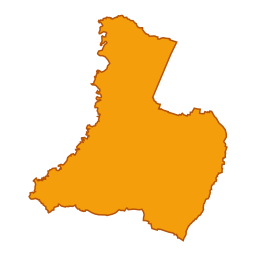 Mueang Surin, Surin, Thailand
{"feature_id": "78962969B42978200343828", "entity_name": "Mueang Surin", "entity_type": "district", "adm_level": 2, "iso_a3": "THA", "parent_name": "Thailand", "parent_adm1": "Surin", "projection": "orthographic", "projection_center": [103.474, 14.914], "detail": "fine", "context": "isolated", "style": "filled", "palette": "amber", "viewbox_px": 256, "rotation_deg": 0, "n_neighbors": 0, "source": "geoboundaries", "source_scale": "gbopen_adm2", "svg_char_len": 5750}
<svg xmlns="http://www.w3.org/2000/svg" viewBox="0 0 256 256"><path d="M98.9,20.4L98.4,21.3L99.2,22.7L99.6,22.7L100.1,22.0L100.7,22.2L102.8,25.4L102.1,26.4L100.6,26.8L100.0,27.6L100.1,30.0L99.0,32.6L99.2,33.6L99.9,33.8L103.6,31.7L106.1,32.3L106.7,33.1L105.9,34.6L105.7,36.6L103.9,37.0L102.4,35.9L101.8,36.4L102.1,41.2L100.6,43.7L100.4,44.9L101.0,45.5L101.7,45.3L101.9,43.6L103.8,43.1L105.2,41.4L105.9,41.4L106.9,42.5L106.6,43.2L104.3,45.1L102.2,50.2L98.8,51.0L97.6,53.3L98.1,54.4L99.8,55.6L102.7,55.7L105.3,56.9L107.9,59.9L109.8,63.4L107.6,65.9L106.9,68.8L103.8,71.3L101.4,72.2L100.1,71.1L98.0,70.2L97.4,70.4L96.7,71.3L96.8,72.0L97.5,72.1L98.6,71.6L98.6,72.7L96.8,73.6L95.8,76.9L95.1,76.4L94.6,76.7L95.3,79.1L94.0,81.9L93.7,83.6L91.4,84.0L92.1,84.8L95.5,85.1L97.8,87.4L98.5,88.6L99.6,89.1L99.9,90.3L99.5,92.1L98.7,92.1L97.5,90.8L96.3,92.8L98.0,93.8L100.1,94.0L101.0,95.0L101.4,96.5L101.2,97.4L99.2,97.8L97.4,96.7L96.7,97.1L96.2,98.3L96.6,99.4L97.8,100.2L100.5,99.7L100.8,100.1L96.5,102.2L95.5,103.5L95.5,104.7L94.8,106.1L95.1,107.7L96.8,107.5L97.9,108.1L97.2,110.9L97.9,112.1L98.4,114.2L99.4,113.9L100.1,114.3L99.7,115.7L97.8,116.5L99.3,117.2L98.6,119.7L99.0,121.1L97.8,121.4L96.8,123.3L95.9,123.6L95.4,124.5L95.7,125.3L94.8,125.9L93.3,126.1L92.4,126.7L90.2,126.1L89.6,124.9L87.7,125.4L86.5,127.9L86.6,128.6L89.1,129.0L87.5,130.0L88.4,131.6L87.8,132.6L86.7,132.1L86.7,133.7L86.0,134.3L86.4,135.0L87.1,134.9L89.0,135.8L89.0,136.4L88.0,136.3L87.3,138.8L85.8,138.5L84.6,137.5L81.6,137.9L81.6,138.4L82.5,138.4L84.1,139.9L84.1,140.4L82.0,140.1L83.0,142.3L80.4,142.0L80.4,143.4L79.2,144.0L76.7,146.9L76.9,147.9L78.3,148.7L79.1,148.6L79.5,149.3L78.3,149.8L75.6,149.5L75.7,150.0L76.6,150.4L76.8,151.4L75.0,155.0L74.2,154.9L73.5,153.8L71.1,154.4L70.7,155.0L71.0,155.7L69.8,155.6L67.7,157.5L67.0,160.5L63.6,164.7L62.8,164.9L60.9,164.4L58.6,165.4L58.2,166.0L58.5,166.3L59.3,165.8L60.0,166.1L61.1,168.1L61.1,169.1L60.5,169.2L60.1,168.7L58.9,170.4L57.8,170.6L56.1,169.8L56.0,168.1L52.6,168.4L51.1,169.6L49.8,169.9L49.5,170.7L48.0,171.1L48.4,173.2L47.5,174.2L47.1,175.6L48.3,175.7L48.4,176.3L46.0,176.2L45.5,176.5L44.9,177.5L45.6,178.0L45.6,179.2L44.6,179.1L44.4,177.7L43.4,177.4L43.0,177.8L43.2,179.7L42.3,180.6L41.9,180.4L41.6,178.9L40.8,180.3L38.8,179.5L38.4,180.2L38.8,180.6L37.8,180.8L36.2,178.1L34.1,180.0L33.4,180.9L33.7,181.1L34.2,180.6L35.3,183.0L35.6,184.8L35.0,187.0L35.1,189.1L34.3,190.8L34.4,191.5L35.1,191.7L33.5,193.0L32.6,192.3L30.1,192.9L30.4,194.6L29.1,196.6L30.2,198.4L31.1,199.1L33.6,199.0L35.5,198.3L36.2,198.8L36.8,198.7L37.4,199.4L39.3,199.7L39.2,200.5L39.7,200.5L40.0,201.4L41.2,202.4L41.1,202.9L41.7,203.5L42.9,203.5L43.1,204.8L45.8,206.8L46.0,209.2L46.9,209.5L47.7,210.6L48.3,210.9L48.1,212.2L48.5,212.7L49.0,212.2L49.3,212.4L50.0,212.1L52.2,210.2L53.6,210.0L53.4,209.5L53.9,209.2L53.8,208.3L54.4,207.3L58.2,206.1L58.5,204.2L59.6,204.5L61.3,206.0L65.3,207.0L66.0,206.5L68.9,206.6L69.2,206.1L72.6,206.4L75.5,205.1L75.7,206.6L77.7,209.0L79.5,209.1L79.9,210.2L82.3,211.1L82.6,210.7L83.6,211.4L85.2,211.2L85.5,210.1L87.6,210.2L91.7,212.6L94.8,213.9L98.4,214.7L106.1,215.0L107.0,215.5L112.5,214.1L115.6,212.8L119.1,209.7L120.8,210.5L122.8,210.4L124.6,210.9L126.5,208.1L127.6,208.3L128.0,209.6L128.3,209.7L133.9,209.1L139.4,209.8L141.9,209.3L143.4,211.7L144.2,214.8L143.5,217.9L143.4,220.5L145.8,220.6L148.8,221.6L148.5,223.4L151.3,224.1L151.3,225.9L152.0,228.5L157.3,230.1L157.9,228.9L159.3,229.4L160.0,229.2L169.1,232.2L172.3,232.8L174.1,233.6L174.2,234.8L176.6,234.5L176.8,235.7L177.5,236.0L177.8,238.0L179.0,237.8L183.2,240.6L183.9,238.3L185.9,234.8L186.2,232.1L185.9,231.8L188.7,225.7L189.2,225.7L190.3,223.9L191.4,223.2L193.3,220.9L193.8,221.0L195.3,218.8L196.2,219.1L198.8,215.5L200.0,215.2L201.0,214.0L201.3,213.1L202.5,211.7L203.5,209.3L203.2,207.9L203.7,203.9L204.5,203.1L205.5,199.9L206.4,198.9L208.0,198.8L209.4,196.3L209.4,195.1L209.9,194.3L210.2,192.7L210.0,190.8L210.9,189.3L211.5,189.4L211.3,187.7L211.7,185.5L212.5,185.0L213.6,183.6L214.0,183.7L213.9,182.9L214.9,181.7L216.3,181.1L216.6,179.5L215.9,179.0L216.0,178.2L216.2,177.4L217.3,176.3L217.0,176.1L217.3,175.4L218.3,174.3L218.5,173.3L218.9,173.5L222.1,172.3L222.0,170.5L222.5,168.4L221.7,168.1L222.0,165.2L222.3,164.4L224.2,164.2L224.3,163.5L224.2,161.9L222.9,161.2L222.8,158.8L223.2,158.7L223.4,157.8L224.5,157.9L224.6,157.4L225.3,157.2L225.2,155.3L225.6,153.0L225.1,152.8L225.1,152.2L226.9,147.1L225.3,146.5L225.6,144.5L225.2,143.4L224.0,142.3L223.8,141.4L226.3,137.1L226.3,134.0L225.2,129.7L222.9,126.6L218.8,122.8L216.3,118.2L214.5,116.6L211.6,111.4L209.8,111.1L209.5,112.4L207.9,111.8L207.7,112.5L204.9,111.7L204.0,113.7L201.4,113.6L199.6,113.2L200.2,109.2L197.5,109.0L194.3,108.2L192.0,112.3L190.4,112.3L190.0,114.9L187.8,114.6L187.1,116.0L183.9,114.9L182.3,113.3L181.5,114.0L181.1,115.0L179.3,114.5L178.6,115.5L170.6,112.9L169.1,112.7L168.0,112.2L168.2,111.7L163.4,110.2L160.9,108.8L160.4,109.4L158.6,108.9L158.9,108.0L159.2,108.0L160.2,104.3L158.6,104.1L156.7,103.2L155.7,102.3L155.8,101.7L153.9,100.6L153.8,99.1L153.3,98.8L153.4,98.1L152.6,97.5L170.8,54.2L176.7,42.1L170.5,40.1L170.3,39.6L170.0,39.7L170.0,39.2L169.4,39.3L169.3,38.6L165.0,38.2L163.5,37.7L161.0,38.2L159.7,39.1L157.8,38.9L157.8,37.0L156.6,36.9L155.0,36.1L153.9,36.0L149.3,36.2L148.1,34.5L145.9,33.9L145.9,33.5L144.8,32.8L142.4,29.5L142.7,28.1L142.3,27.7L139.8,27.9L138.4,27.4L137.0,26.0L136.2,23.7L134.7,22.8L133.0,20.7L130.4,20.5L129.2,19.3L127.5,18.9L126.7,17.3L124.1,17.6L123.4,16.9L123.3,16.3L122.1,15.4L119.2,16.0L118.3,15.8L117.2,17.3L116.4,17.0L115.9,17.6L115.0,17.6L112.7,19.0L111.3,18.7L111.4,18.1L110.3,17.7L109.6,17.5L109.2,17.8L106.9,17.2L106.2,17.7L106.0,18.6L105.1,18.2L103.3,18.6L102.8,20.3L100.6,20.0L99.8,20.7L98.9,20.4Z" fill="#f59e0b" stroke="#b45309" stroke-width="1.5"/></svg>